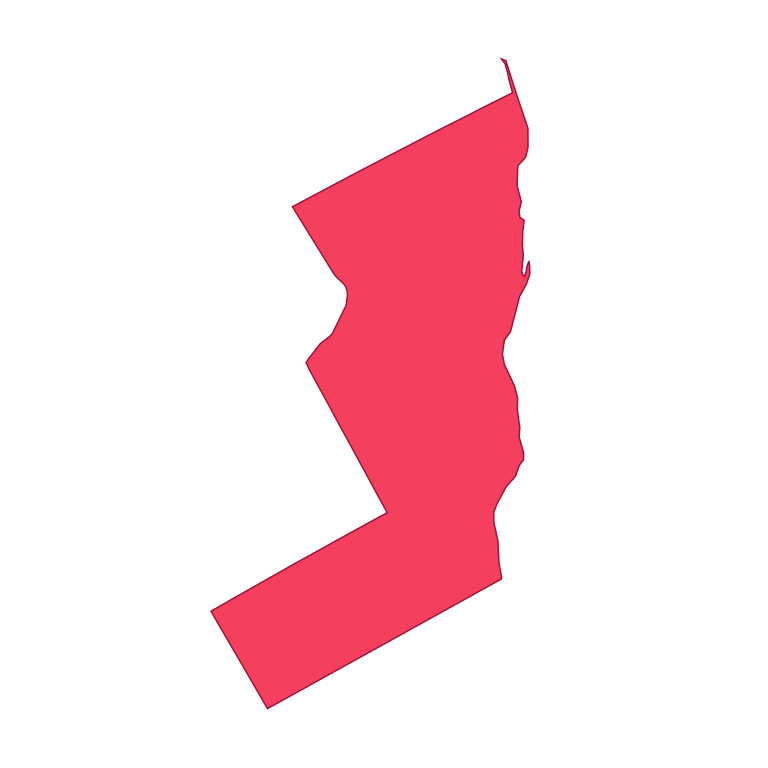 outline of Western Sahara, rotated 152°
{"feature_id": "ESH", "entity_name": "Western Sahara", "entity_type": "country or territory", "adm_level": 0, "iso_a3": "ESH", "parent_name": "Africa", "parent_adm1": "", "projection": "orthographic", "projection_center": [-13.3, 24.236], "detail": "fine", "context": "isolated", "style": "filled", "palette": "rose", "viewbox_px": 768, "rotation_deg": 152, "n_neighbors": 0, "source": "natural_earth", "source_scale": "50m", "svg_char_len": 1863}
<svg xmlns="http://www.w3.org/2000/svg" viewBox="0 0 768 768"><g transform="rotate(152 384 384)"><path d="M640.2,177.7L640.6,188.9L641.1,202.3L641.6,215.6L642.2,230.8L642.8,245.9L643.2,256.9L643.4,264.6L631.1,265.0L619.9,265.4L608.6,265.7L597.3,266.0L586.1,266.3L574.8,266.6L563.5,266.9L552.2,267.2L541.0,267.4L529.7,267.6L518.4,267.8L507.1,268.0L495.8,268.2L484.5,268.4L473.3,268.5L462.0,268.7L450.7,268.8L441.6,268.9L441.7,276.9L441.8,286.1L441.9,295.3L442.0,304.5L442.0,313.6L442.1,322.8L442.2,332.0L442.3,341.2L442.4,350.4L442.5,359.5L442.6,368.7L442.7,377.9L442.7,387.1L442.8,396.3L442.9,405.5L443.0,414.6L443.1,423.8L443.1,432.0L442.8,439.4L439.1,441.6L430.3,445.5L421.2,449.6L409.7,451.5L405.9,452.8L398.5,458.2L388.9,465.2L380.5,471.2L374.9,479.0L372.9,483.3L372.1,487.9L372.8,492.2L375.8,500.8L376.6,505.2L377.1,512.8L377.6,521.1L378.2,530.0L378.8,538.9L379.4,548.4L380.0,557.9L380.6,567.5L381.1,574.6L381.6,583.5L372.1,583.5L357.7,583.5L343.3,583.5L328.9,583.5L314.5,583.5L300.1,583.4L285.7,583.3L271.3,583.2L256.9,583.0L242.5,582.9L228.1,582.7L213.7,582.5L199.3,582.2L184.9,581.9L170.6,581.7L156.2,581.4L141.8,581.0L133.8,580.8L130.9,593.3L128.4,602.3L126.8,609.6L127.7,615.9L124.6,612.4L131.0,577.5L131.5,574.6L136.8,542.4L145.8,525.2L152.7,517.6L163.4,513.9L173.4,496.5L177.2,480.4L183.7,473.1L185.8,467.3L183.4,462.8L189.5,454.1L197.0,440.9L200.5,432.4L209.2,419.3L210.2,416.4L209.5,413.1L206.2,415.8L202.6,420.7L198.3,424.5L200.1,419.7L203.5,412.8L211.1,405.6L223.1,397.7L247.9,370.7L257.2,366.1L265.5,354.7L268.6,344.5L269.7,321.0L272.7,308.6L278.2,299.0L284.7,281.5L289.6,273.7L293.0,257.7L296.4,251.6L302.6,248.7L311.4,240.8L324.4,235.9L339.9,225.6L347.2,219.4L352.0,210.1L357.2,191.7L366.4,172.3L371.1,157.7L371.2,157.4L372.0,156.7L639.3,152.1L639.3,152.8L639.7,164.0L640.2,177.7Z" fill="#f43f5e" stroke="#9f1239" stroke-width="1.5"/></g></svg>